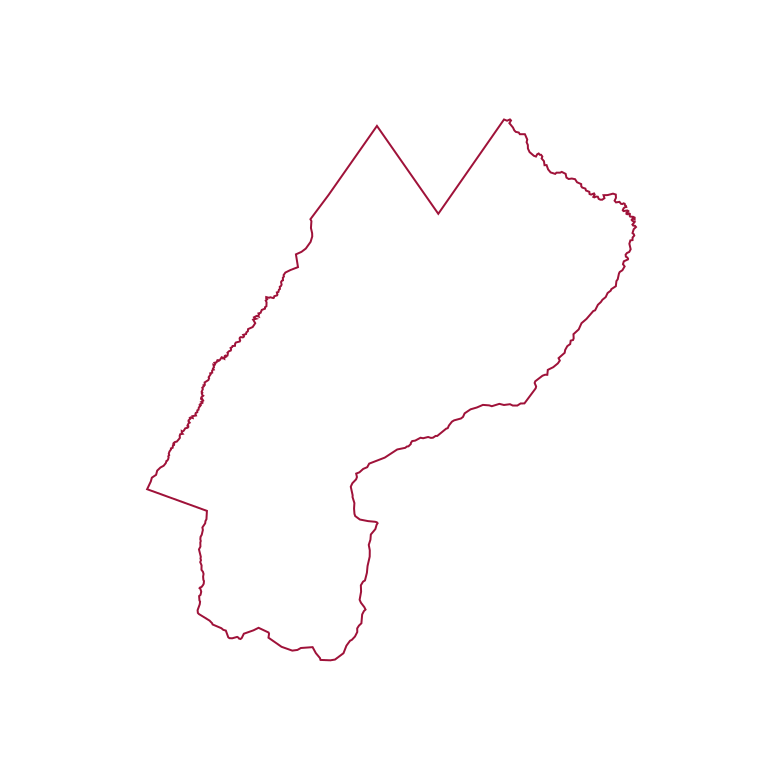 outline of El Carmen, Jujuy, Argentina, rotated 290°
{"feature_id": "61730980B76568954927707", "entity_name": "El Carmen", "entity_type": "district", "adm_level": 2, "iso_a3": "ARG", "parent_name": "Argentina", "parent_adm1": "Jujuy", "projection": "robinson", "projection_center": [-65.18, -24.455], "detail": "fine", "context": "isolated", "style": "outline", "palette": "rose", "viewbox_px": 768, "rotation_deg": 290, "n_neighbors": 0, "source": "geoboundaries", "source_scale": "gbopen_adm2", "svg_char_len": 6154}
<svg xmlns="http://www.w3.org/2000/svg" viewBox="0 0 768 768"><g transform="rotate(290 384 384)"><path d="M350.5,221.6L349.2,220.8L349.7,219.9L349.4,219.3L347.2,219.3L346.0,217.5L345.3,218.5L343.9,218.3L343.8,217.1L341.6,218.5L340.1,218.0L339.3,219.0L338.8,218.2L337.7,217.9L335.9,218.7L334.6,217.1L333.9,217.8L330.4,216.9L329.6,217.7L327.6,217.6L324.1,214.9L321.9,215.9L321.1,214.8L320.2,215.5L318.4,214.5L317.3,215.5L314.2,215.3L313.6,216.3L312.9,216.0L311.4,217.1L311.1,218.1L309.0,216.9L307.5,217.1L307.3,217.7L307.9,218.1L306.5,219.8L304.9,218.6L304.9,219.5L304.2,219.9L302.3,218.3L301.5,218.9L301.1,218.1L300.2,218.8L298.6,218.0L296.4,218.5L295.4,217.6L293.6,218.2L292.4,217.0L291.2,217.1L290.1,218.1L288.2,214.9L286.6,215.9L286.4,213.6L285.7,213.1L285.0,213.8L283.0,212.8L282.2,213.0L281.2,214.6L280.3,213.8L277.6,213.5L277.1,214.0L277.4,214.5L276.8,214.8L275.7,214.4L274.4,212.4L271.6,211.8L270.3,210.8L270.5,210.1L268.9,210.7L268.3,211.8L267.1,209.7L265.5,209.7L263.6,210.6L262.2,210.2L259.0,209.0L258.0,207.4L256.6,206.5L255.9,206.5L256.0,207.3L254.9,207.6L253.9,206.7L251.8,207.2L250.6,205.8L249.7,206.2L247.2,205.5L244.8,205.6L243.7,206.5L242.3,206.0L241.3,206.7L239.3,206.9L237.6,206.4L237.3,205.9L235.0,206.0L231.8,204.9L229.1,202.5L225.0,200.5L220.7,200.9L216.6,197.9L212.6,198.2L204.1,197.4L204.2,261.0L196.2,263.4L194.2,263.1L191.9,263.6L187.1,262.4L184.9,263.7L180.0,264.3L177.7,263.9L175.3,264.5L173.8,265.5L172.2,265.6L168.4,267.1L165.3,266.7L158.9,271.0L157.3,271.2L155.8,272.3L153.8,272.2L151.2,274.6L147.0,276.0L145.6,278.1L143.8,279.4L141.1,279.9L138.1,281.3L137.3,282.2L134.6,282.9L133.2,282.7L130.9,282.0L129.9,280.8L129.1,280.5L128.7,281.5L126.3,283.3L123.1,283.7L121.5,282.8L117.5,284.6L116.6,285.6L113.9,286.2L107.7,286.2L105.2,287.4L104.5,288.8L102.0,301.0L100.4,304.3L99.4,305.2L98.9,314.7L98.0,317.1L98.2,319.7L92.7,324.3L92.3,325.7L93.1,328.3L96.1,332.5L95.9,333.9L95.2,334.8L95.3,336.4L96.7,337.2L101.4,337.7L107.9,345.6L112.0,349.5L111.0,360.5L110.0,361.4L106.1,362.2L102.0,377.6L102.1,389.0L104.5,393.6L107.5,396.2L112.3,406.9L107.8,412.0L104.6,417.5L103.0,418.7L106.0,428.1L108.3,432.2L117.2,438.0L125.3,438.2L131.1,439.9L132.6,441.3L136.8,443.1L141.8,443.7L145.2,442.4L148.4,443.1L151.4,444.6L160.0,442.3L163.8,442.8L165.7,443.8L167.6,441.8L170.6,437.1L172.9,434.9L181.0,433.5L186.9,431.1L191.1,431.9L192.9,433.3L200.8,432.5L207.3,430.8L216.9,429.6L222.9,427.5L227.6,424.7L233.0,424.5L238.1,423.1L244.7,425.5L249.2,425.2L251.0,425.6L251.6,424.5L251.5,422.8L249.7,415.9L248.4,407.7L250.0,402.2L251.8,400.7L256.6,398.5L262.0,396.9L267.0,393.1L268.7,392.6L276.1,387.9L279.9,388.2L284.9,390.4L287.3,390.4L290.3,388.5L292.6,391.1L297.1,393.5L300.1,396.7L304.1,397.3L315.1,409.9L327.0,418.8L331.3,425.8L333.1,426.9L333.8,428.3L336.7,429.7L337.8,429.4L340.0,430.0L341.5,432.7L346.0,436.7L346.4,439.3L349.3,443.6L349.4,446.5L350.3,448.4L352.8,450.2L353.4,451.8L363.3,457.7L364.3,459.0L367.2,459.2L371.8,460.7L373.8,462.3L377.9,468.1L380.1,469.5L384.0,469.8L389.8,474.0L393.7,479.3L398.2,484.1L399.9,490.2L400.0,492.9L404.8,499.2L405.3,503.9L408.1,509.3L407.8,512.4L409.4,516.7L412.4,519.0L413.8,522.6L431.8,528.0L433.7,527.8L436.5,525.2L438.3,525.2L446.0,530.1L447.8,532.2L448.5,534.3L453.3,533.1L457.7,537.3L462.8,540.3L466.1,541.2L468.0,539.2L475.1,543.1L478.0,542.6L482.3,543.3L485.2,545.3L488.6,544.6L490.0,546.6L491.8,546.6L495.6,545.0L501.9,548.3L508.7,548.8L514.4,552.0L524.1,555.7L525.5,557.2L531.6,557.9L535.3,559.8L537.8,560.4L541.5,562.6L546.0,563.0L549.2,565.1L550.9,565.2L555.2,568.4L560.2,567.2L562.3,567.8L568.2,567.0L569.9,567.2L572.4,569.1L576.8,569.9L578.3,567.6L581.3,567.4L584.5,570.6L585.2,570.5L586.1,569.4L586.4,567.7L588.2,566.8L590.2,567.5L592.0,569.3L595.0,569.7L599.7,566.6L603.2,566.4L604.2,568.3L606.7,567.5L609.1,568.4L610.2,567.5L610.8,565.9L614.9,565.7L617.7,567.1L618.5,565.7L618.1,563.9L618.8,562.9L622.0,564.1L622.3,561.6L622.9,560.6L624.6,561.1L624.4,563.2L626.1,562.6L626.3,560.9L625.5,558.1L626.1,557.3L627.9,556.9L628.1,556.4L626.7,554.5L626.8,553.6L627.7,553.3L629.5,554.6L630.1,554.5L630.3,553.3L628.4,549.9L629.0,548.9L630.9,549.0L632.3,549.7L633.2,551.1L634.2,550.3L634.5,549.2L635.7,548.5L635.7,547.3L634.6,546.4L634.4,545.0L635.7,543.0L634.0,539.9L635.1,538.0L638.3,538.3L641.3,537.0L641.2,534.1L638.0,529.5L636.5,525.7L634.0,527.6L631.8,526.0L631.2,524.2L631.4,522.4L633.1,520.9L632.7,519.3L631.3,517.8L631.4,516.7L634.1,517.1L634.9,516.2L632.8,513.8L632.8,512.2L634.8,511.2L634.9,507.6L636.5,506.4L636.4,503.1L637.2,501.8L639.3,500.9L639.6,496.4L641.8,493.5L641.3,490.2L639.8,487.4L640.4,484.8L643.6,482.8L644.1,478.5L642.8,477.2L641.6,473.8L640.0,473.0L639.8,468.2L641.8,464.8L645.3,461.9L644.5,460.0L648.1,458.1L649.8,455.0L651.9,455.0L653.1,453.2L652.7,451.9L653.5,450.5L652.3,449.4L649.7,449.0L649.7,446.8L651.7,441.5L654.5,438.7L657.8,437.4L660.0,435.3L662.7,435.0L666.9,431.0L665.2,426.2L666.4,424.6L666.0,421.6L666.9,419.7L669.1,417.5L672.0,412.6L675.1,413.2L675.7,411.9L673.5,409.6L673.6,406.3L562.5,376.8L624.1,289.1L542.5,267.2L513.7,258.5L512.2,260.1L505.6,262.0L501.1,264.9L498.1,266.1L492.4,266.4L484.5,264.2L479.9,261.2L475.7,256.9L464.4,263.2L459.2,257.2L455.0,253.2L452.0,252.4L450.7,253.2L449.3,252.6L446.9,253.6L446.1,252.7L444.6,252.4L442.3,253.8L440.7,253.6L439.8,252.8L437.7,253.7L436.6,253.0L434.4,253.3L433.4,252.0L431.5,253.3L430.7,253.2L429.0,250.9L427.3,251.0L426.9,250.6L426.6,247.5L425.7,246.5L425.4,243.6L424.2,244.0L423.5,245.2L422.0,244.3L420.6,245.7L416.8,246.9L415.4,245.9L414.1,246.4L411.8,243.8L408.7,243.7L407.4,241.9L406.5,242.8L405.2,242.4L404.5,243.1L404.4,241.0L402.2,239.0L401.5,239.9L401.5,241.4L399.7,239.0L397.1,242.2L392.6,241.1L389.1,237.5L387.0,238.0L385.4,237.0L383.8,237.3L382.0,234.9L381.1,236.1L380.4,236.1L379.5,235.4L379.1,233.4L378.3,232.7L377.2,232.8L375.6,234.0L374.6,233.9L372.3,230.6L371.1,230.3L368.9,230.9L367.9,228.7L366.8,228.7L365.4,227.5L364.4,228.4L363.1,228.6L361.6,227.0L359.9,226.2L359.4,226.8L357.2,227.2L356.3,226.4L356.5,225.3L355.9,224.8L355.1,224.9L355.0,225.7L354.1,224.9L353.1,225.3L353.3,224.2L353.0,223.8L353.6,223.0L353.6,222.3L350.5,221.6Z" fill="none" stroke="#9f1239" stroke-width="2"/></g></svg>